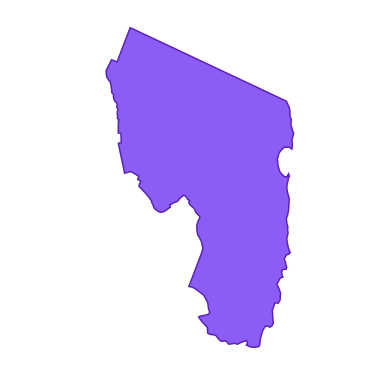 Kota Tinggi, Johor, Malaysia, rotated 25°
{"feature_id": "92858781B34033962801246", "entity_name": "Kota Tinggi", "entity_type": "district", "adm_level": 2, "iso_a3": "MYS", "parent_name": "Malaysia", "parent_adm1": "Johor", "projection": "albers", "projection_center": [103.994, 1.692], "detail": "fine", "context": "isolated", "style": "filled", "palette": "violet", "viewbox_px": 384, "rotation_deg": 25, "n_neighbors": 0, "source": "geoboundaries", "source_scale": "gbopen_adm2", "svg_char_len": 2967}
<svg xmlns="http://www.w3.org/2000/svg" viewBox="0 0 384 384"><g transform="rotate(25 192 192)"><path d="M93.3,156.9L95.6,157.4L95.2,158.6L100.3,169.8L101.8,169.0L102.9,169.0L107.1,177.5L104.7,178.7L105.3,179.9L121.4,201.3L122.9,203.5L128.0,199.2L136.9,200.2L137.5,203.6L139.4,203.6L141.0,203.8L141.0,205.2L141.0,207.2L141.6,209.3L149.9,212.5L155.5,215.1L159.0,217.2L160.2,218.8L162.0,220.0L163.8,222.0L165.0,223.0L167.3,223.4L169.9,224.0L172.5,223.6L175.3,221.0L178.8,214.9L177.4,213.1L179.8,209.7L181.8,207.7L183.0,206.0L183.8,202.4L185.9,198.4L188.1,198.6L190.1,199.6L191.3,200.6L193.5,200.8L193.3,202.6L195.4,204.4L198.2,205.2L200.6,206.0L202.0,206.9L203.5,208.5L205.7,209.5L208.5,210.5L209.9,211.5L209.9,214.3L209.9,216.8L210.3,219.8L212.4,224.2L213.8,226.3L215.4,228.5L217.4,229.9L220.2,231.9L221.7,233.1L223.5,235.6L225.3,238.0L226.3,240.8L229.1,279.0L232.0,278.2L235.0,278.2L246.3,280.5L249.6,283.1L252.6,285.3L254.0,287.1L255.2,289.2L257.0,291.6L258.9,293.4L258.7,295.8L256.6,297.6L254.8,299.1L252.0,300.9L250.8,302.5L252.8,303.7L256.8,305.7L260.5,307.2L263.3,308.4L264.5,310.6L265.7,313.2L268.2,313.4L269.8,313.0L273.8,311.8L279.5,314.6L282.1,314.8L283.5,314.0L285.8,312.6L287.8,313.6L289.8,314.4L293.2,312.0L295.1,311.0L297.5,310.8L299.5,308.2L302.1,305.5L304.2,303.7L306.0,304.9L306.0,307.8L310.6,307.7L314.7,306.1L317.9,303.9L317.9,301.3L316.3,297.4L315.3,292.4L314.7,287.5L315.1,282.9L317.5,281.3L319.7,281.7L321.1,279.2L321.1,276.4L319.1,273.2L317.5,270.1L314.7,265.1L314.5,261.4L313.9,257.8L315.3,256.8L317.1,256.4L317.5,252.7L316.3,249.7L314.9,246.1L313.3,244.5L311.2,242.4L308.0,239.8L308.2,236.0L308.2,233.3L309.0,231.9L310.4,230.9L308.4,228.7L307.0,226.5L307.0,224.0L308.6,222.8L310.0,222.4L309.6,220.0L307.8,218.4L306.6,216.3L303.9,213.9L303.9,211.5L304.3,209.1L306.2,207.0L306.6,205.2L305.0,204.0L302.7,201.6L299.1,196.7L297.5,193.9L296.5,188.8L294.4,185.4L293.6,183.0L292.0,181.4L290.2,178.7L288.8,176.3L288.4,172.5L287.4,168.4L286.1,164.8L284.1,159.9L282.7,156.5L280.3,153.9L278.1,151.2L276.2,148.2L274.8,144.4L274.2,140.9L273.4,138.5L273.8,136.7L271.8,134.7L271.6,138.1L269.4,139.1L264.9,137.5L262.3,135.9L260.7,133.8L258.4,131.4L257.2,128.8L255.4,126.0L255.2,123.7L254.4,120.1L255.2,116.1L256.2,113.8L257.2,111.8L259.2,111.4L261.3,110.2L264.3,111.0L263.5,107.8L261.9,104.9L260.5,102.3L259.9,98.7L259.4,96.0L257.0,93.6L253.0,89.0L252.2,86.5L251.0,83.9L248.5,81.7L247.7,79.7L246.5,77.2L245.1,75.2L243.3,73.4L239.2,69.8L67.8,69.2L66.5,69.3L69.0,104.1L69.0,105.8L63.2,106.1L62.9,118.1L63.3,119.0L63.8,119.9L64.3,121.3L64.9,121.8L65.6,122.8L66.2,123.9L67.2,124.4L68.1,124.9L68.8,125.7L70.0,126.1L71.2,126.5L71.5,127.3L72.4,128.1L73.0,128.9L75.0,131.9L76.2,133.6L76.8,135.0L77.4,135.9L78.6,136.4L79.7,137.0L80.1,137.7L80.6,139.1L81.4,140.1L82.4,141.2L83.4,142.2L85.1,142.7L86.7,143.7L87.6,145.4L88.1,147.2L89.4,147.9L90.3,149.2L90.4,151.1L91.2,152.7L92.2,154.3L93.0,155.6L93.3,156.9Z" fill="#8b5cf6" stroke="#5b21b6" stroke-width="1.5"/></g></svg>